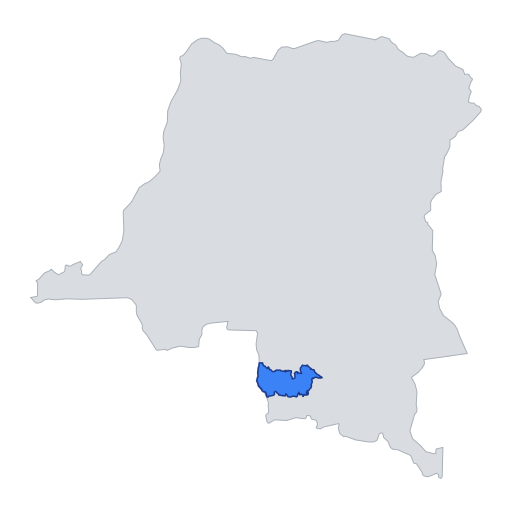 Sandoa, Katanga, Democratic Republic of the Congo shown in context
{"feature_id": "63176286B26674316015082", "entity_name": "Sandoa", "entity_type": "district", "adm_level": 2, "iso_a3": "COD", "parent_name": "Democratic Republic of the Congo", "parent_adm1": "Katanga", "projection": "orthographic", "projection_center": [23.072, -9.383], "detail": "fine", "context": "in_parent", "style": "filled", "palette": "blue", "viewbox_px": 512, "rotation_deg": 0, "n_neighbors": 0, "source": "geoboundaries", "source_scale": "gbopen_adm2", "svg_char_len": 9169}
<svg xmlns="http://www.w3.org/2000/svg" viewBox="0 0 512 512"><path d="M467.2,353.5L423.7,359.6L424.5,362.1L424.1,364.8L422.9,366.8L418.4,372.2L411.8,377.1L411.8,378.3L415.0,383.9L416.9,391.6L416.2,405.1L417.0,408.7L416.8,411.6L414.5,414.7L409.9,430.8L412.6,438.7L421.0,446.2L425.9,451.7L434.2,453.8L435.6,453.5L436.2,449.0L442.9,447.4L442.2,476.3L441.6,477.9L440.4,478.3L438.8,477.3L438.4,474.5L436.7,473.3L428.5,476.7L426.4,476.6L424.1,476.0L422.5,474.5L422.1,472.3L416.5,463.8L413.7,463.1L410.7,455.5L397.9,449.8L393.0,449.3L390.4,447.5L388.0,441.5L383.7,437.6L382.8,433.4L382.0,432.8L379.3,433.6L377.0,440.3L374.0,441.9L368.7,442.0L355.5,439.9L346.0,436.4L343.5,436.6L339.8,433.4L338.3,428.2L339.1,424.2L338.4,423.6L323.9,426.9L320.4,428.9L317.1,428.4L316.1,427.3L317.6,424.6L316.9,421.6L315.8,420.2L311.5,419.1L310.2,415.9L307.6,415.4L306.7,415.9L306.0,418.0L304.5,418.8L295.8,417.7L286.7,420.5L274.7,419.8L268.9,423.2L268.1,423.1L266.9,421.3L265.7,415.9L266.3,414.4L268.1,413.3L268.7,411.1L268.1,405.4L268.6,404.1L267.9,400.8L266.1,395.6L263.6,391.4L258.1,385.0L257.0,382.0L257.4,374.8L259.2,363.5L258.9,355.1L256.6,349.7L256.1,343.8L257.6,333.2L256.1,330.7L228.4,329.9L227.2,329.1L226.7,327.7L227.9,321.4L211.1,323.1L206.0,324.4L202.9,327.0L201.9,330.2L201.8,334.8L199.3,339.2L198.6,346.6L194.0,347.5L189.3,347.5L180.3,346.1L171.6,348.3L167.3,350.4L165.1,349.4L157.2,350.3L156.2,349.8L147.1,335.3L143.0,330.5L142.2,328.1L142.5,325.8L141.4,322.8L137.1,315.4L136.3,311.9L136.4,306.4L135.9,304.6L132.1,299.9L129.6,298.4L126.8,297.7L81.8,299.3L67.0,298.8L56.2,299.7L50.7,299.5L49.2,298.8L44.2,300.0L41.7,302.0L37.8,303.2L35.4,302.8L30.7,297.5L37.0,296.4L37.4,295.8L37.7,282.8L36.0,281.0L39.3,278.7L44.7,272.8L50.0,270.6L50.7,269.4L51.8,269.5L53.8,271.8L58.4,274.8L64.1,271.9L64.7,271.1L65.4,265.5L66.8,265.0L69.2,266.1L70.6,266.1L73.1,264.5L80.4,261.5L82.6,265.0L80.6,268.3L81.5,270.5L81.7,274.1L83.0,274.8L88.7,275.1L90.4,274.2L101.7,261.2L104.7,259.6L109.5,254.4L115.9,252.0L118.7,247.9L122.3,240.7L123.9,230.4L123.2,212.6L123.7,210.2L131.4,202.1L139.4,187.5L144.8,183.6L148.8,182.0L155.1,176.6L160.1,171.2L159.4,164.8L160.5,159.5L163.3,152.7L164.2,145.6L163.2,138.1L163.6,131.9L167.3,122.1L167.7,110.9L171.0,101.5L177.7,89.6L180.9,80.7L180.3,72.0L181.2,65.6L180.9,61.8L179.7,58.6L180.3,56.5L182.8,55.6L186.0,52.3L191.7,43.8L197.7,39.6L201.9,38.2L206.3,38.3L209.2,39.0L213.8,42.3L219.1,44.9L223.0,48.2L226.9,53.4L236.4,54.4L240.4,56.3L242.9,57.0L243.8,56.5L245.7,56.7L250.2,58.3L253.7,57.4L271.2,60.7L273.2,59.1L278.1,50.2L281.7,47.1L287.7,46.8L292.4,48.5L294.8,48.5L316.2,40.9L319.0,40.6L326.8,42.4L331.9,41.2L333.9,41.6L338.3,40.3L341.9,35.0L344.8,33.7L375.6,39.8L380.3,37.0L382.5,36.7L389.3,38.8L391.4,42.1L395.6,45.0L398.5,49.7L403.1,52.4L405.4,54.9L408.1,56.6L413.7,57.3L420.8,53.2L425.8,53.7L430.8,56.1L432.5,56.1L436.3,53.7L438.3,51.1L440.2,50.6L443.2,51.7L445.6,54.2L447.8,57.8L455.5,66.0L462.9,69.5L464.8,74.5L467.5,74.1L468.9,74.6L470.8,77.7L472.1,78.4L472.4,79.7L470.6,82.5L468.9,88.1L471.2,91.6L469.3,96.6L468.4,101.8L470.8,103.1L473.9,103.1L476.7,105.9L479.0,106.3L481.3,109.3L480.8,111.6L473.5,119.9L462.6,130.1L458.9,131.2L457.0,133.1L455.6,136.1L452.4,138.7L450.0,139.6L449.8,147.2L446.1,154.9L444.6,156.5L442.6,169.1L443.0,171.3L440.9,181.7L441.3,191.4L435.9,194.4L432.2,199.1L430.6,202.4L430.7,210.3L424.6,215.0L424.1,216.1L425.6,221.7L427.8,222.7L427.9,224.5L432.8,230.6L432.3,249.1L432.6,251.0L435.1,255.4L436.7,263.8L434.8,274.5L441.2,294.2L438.2,301.3L439.5,308.2L443.4,315.5L452.6,322.8L455.1,325.7L457.4,329.7L459.5,335.9L467.2,353.5Z" fill="#d9dde1" stroke="#a8b0b8" stroke-width="1"/><path d="M308.7,390.7L308.9,390.3L309.1,390.0L309.4,389.5L309.5,389.3L309.9,388.9L310.1,388.6L310.4,388.3L310.9,388.0L311.0,387.9L311.1,387.5L311.1,387.3L311.2,386.9L311.2,386.7L311.5,386.1L311.5,385.7L311.2,385.3L311.2,385.1L311.3,384.5L311.5,383.8L312.0,382.8L312.0,382.4L312.3,381.7L312.2,381.3L311.9,380.9L312.0,380.3L311.8,380.1L311.8,379.7L311.7,379.4L311.9,379.2L312.0,379.1L311.9,378.9L312.0,378.8L312.8,378.0L313.0,378.1L313.3,378.3L313.5,378.5L313.6,378.4L313.9,378.2L314.3,377.7L314.5,377.5L314.8,377.4L315.3,377.3L315.5,377.3L316.2,377.3L317.3,377.5L317.6,377.7L317.8,377.7L317.9,377.9L318.1,378.0L318.6,378.0L319.3,378.0L321.1,378.0L321.4,377.9L321.9,377.8L322.0,377.4L321.8,377.2L321.7,377.2L321.5,376.9L321.2,376.9L320.9,376.9L320.7,376.8L320.1,376.6L320.0,376.4L320.0,376.0L319.6,375.7L319.4,375.6L319.2,375.6L318.9,375.2L317.7,374.6L317.4,374.3L317.2,374.2L316.7,373.9L316.4,373.8L316.1,373.5L315.9,372.9L315.7,372.7L315.2,372.4L314.9,372.2L314.7,371.9L314.4,371.0L314.4,370.8L314.4,370.6L314.4,370.4L314.3,370.2L313.7,370.0L313.7,369.9L313.5,369.7L313.0,369.7L312.6,369.6L312.4,369.6L312.2,369.5L311.9,369.4L311.0,369.3L310.8,369.3L310.7,369.2L310.8,369.0L311.1,368.7L310.8,368.3L310.6,368.2L310.2,368.1L308.8,366.8L308.4,366.5L308.0,366.1L307.9,365.7L307.7,365.5L307.3,365.5L307.1,365.5L307.0,365.3L306.9,365.4L306.8,365.5L306.7,365.5L306.4,365.8L306.1,365.5L305.5,365.7L305.1,365.7L304.7,365.6L303.9,365.5L303.1,365.5L302.6,365.2L302.1,365.6L300.9,367.5L300.3,368.2L300.4,368.8L300.3,369.7L300.3,370.4L300.6,371.3L300.7,371.6L301.3,372.6L301.5,373.1L301.5,373.4L301.0,373.4L300.5,373.3L299.1,373.3L298.5,372.5L298.1,372.6L297.5,373.2L297.2,371.8L296.9,371.7L295.6,372.1L295.6,372.3L295.5,372.5L295.3,372.6L294.9,372.8L294.5,373.4L294.4,373.7L294.5,373.9L294.6,374.1L294.9,374.4L294.9,374.6L294.8,375.6L295.0,376.4L294.9,376.8L295.0,377.1L294.9,377.3L294.7,378.1L293.3,378.7L292.9,378.7L292.5,378.9L292.3,378.4L292.0,376.9L291.3,375.9L290.9,375.4L290.7,374.8L291.0,373.4L291.3,372.7L291.3,371.3L291.2,370.8L288.6,370.7L288.1,370.4L287.7,370.9L287.7,371.1L287.2,371.2L286.7,371.0L286.6,370.8L286.0,370.5L285.5,370.5L285.4,370.9L285.6,371.7L285.3,371.8L284.7,371.1L284.5,370.9L284.2,370.9L284.1,371.2L283.8,371.3L281.4,371.0L281.0,370.9L280.7,370.7L280.5,370.2L278.2,370.1L277.7,370.3L277.4,370.3L277.1,370.3L276.7,370.0L276.3,370.1L276.1,370.3L275.9,370.5L275.1,370.7L275.0,371.0L274.9,371.4L274.7,371.6L272.9,371.6L272.6,371.5L272.1,371.2L271.0,370.0L270.5,369.6L269.9,369.7L269.7,369.6L269.2,368.5L269.0,368.0L268.7,367.3L268.4,367.0L267.8,367.4L267.9,368.4L267.8,368.5L266.3,367.9L265.2,366.4L265.0,366.1L264.9,366.0L264.3,366.0L263.5,365.6L263.0,364.5L262.7,363.1L262.5,362.9L262.4,362.9L262.0,363.3L261.8,363.2L261.6,363.0L261.3,362.9L260.4,362.8L259.4,362.9L259.2,363.4L259.1,363.7L259.0,363.9L259.0,364.1L259.0,364.6L259.1,365.2L259.0,365.5L258.9,366.1L258.8,366.5L258.5,366.8L258.3,367.3L258.3,367.5L258.4,368.0L258.1,368.6L258.2,368.9L258.2,369.3L258.0,369.7L258.0,370.0L257.9,370.6L258.0,371.0L257.9,371.2L258.1,371.9L258.1,372.0L257.7,372.3L257.7,372.6L257.7,372.9L257.7,373.4L257.8,374.1L258.1,374.9L258.2,375.6L258.1,376.5L257.7,377.2L257.6,377.6L257.4,377.9L257.3,378.5L257.2,378.7L257.1,378.9L257.1,379.2L257.0,379.4L257.0,379.5L257.0,379.8L256.9,379.9L256.9,380.0L256.8,380.5L256.7,380.6L256.6,380.8L256.7,381.1L257.3,381.6L257.5,381.9L257.4,382.5L257.6,383.1L257.7,383.3L257.8,383.6L258.2,384.0L258.3,384.2L258.4,384.6L258.3,384.9L258.4,385.3L258.5,385.4L258.3,385.7L258.5,385.8L258.6,386.3L259.1,386.5L259.1,386.8L259.4,386.8L259.6,387.1L259.9,387.2L260.0,387.3L260.1,387.7L260.1,387.8L260.3,387.8L260.5,388.1L260.9,388.9L261.0,389.0L261.4,388.8L261.4,388.7L261.6,388.9L261.5,389.3L261.6,389.5L261.8,389.7L261.8,390.0L261.9,390.5L262.0,390.7L262.3,390.6L262.6,390.8L262.7,391.1L263.0,391.3L263.2,391.7L263.6,391.8L264.1,391.6L264.4,391.7L264.4,391.9L264.5,392.0L264.8,392.0L265.0,392.0L265.4,392.3L265.5,392.3L265.5,392.5L265.8,392.7L266.0,393.0L265.9,393.2L266.2,393.7L266.2,394.0L266.3,394.3L266.1,394.5L266.4,394.7L266.4,394.9L266.5,394.9L266.6,395.0L266.5,395.4L266.5,395.5L266.7,395.9L266.7,396.2L266.6,396.6L267.6,396.9L267.9,397.1L268.0,397.1L269.1,396.1L269.3,395.9L270.2,395.9L270.7,395.9L272.5,395.5L273.5,395.3L274.5,394.3L274.3,393.1L274.3,392.3L274.5,392.0L275.2,391.8L275.5,391.8L275.9,391.5L276.2,392.0L277.4,393.3L277.6,393.5L278.1,393.6L278.5,393.9L278.8,395.0L280.1,395.2L280.8,395.4L281.9,395.4L282.3,395.7L282.8,395.8L283.0,395.5L283.3,395.6L283.7,395.7L285.1,395.9L285.2,395.6L285.4,395.4L285.7,394.9L285.6,394.3L285.8,394.0L286.2,394.2L286.7,394.8L287.2,395.1L287.2,395.3L287.3,395.8L287.4,396.0L287.9,396.5L288.1,396.7L288.4,396.8L288.8,396.8L289.1,396.9L290.4,397.0L291.1,396.9L291.6,396.6L291.8,396.5L292.1,396.5L292.8,396.3L293.1,396.3L293.6,396.1L293.9,396.2L294.7,396.3L295.1,396.5L295.5,396.5L295.8,396.5L296.1,396.9L296.7,396.8L297.2,396.3L297.7,394.5L298.0,393.8L298.4,393.2L298.9,392.5L299.3,393.0L299.4,393.4L299.4,394.2L299.4,394.6L299.8,394.8L300.2,394.7L300.9,394.1L301.0,394.0L302.1,394.6L302.2,394.8L302.6,395.8L302.7,396.1L302.9,396.3L303.3,396.3L303.6,395.4L303.6,395.0L303.9,394.4L304.1,394.4L304.4,394.7L304.5,395.0L305.0,395.1L307.0,395.0L307.1,394.6L307.1,394.2L306.6,393.5L306.4,392.9L306.3,391.6L307.7,394.3L308.0,394.4L308.3,393.8L308.3,393.5L308.3,393.4L308.2,393.4L307.9,393.3L307.8,393.2L307.9,392.9L308.1,392.4L307.9,392.0L307.3,391.6L307.1,391.3L307.2,390.7L307.3,390.6L307.7,390.5L308.3,390.8L308.7,390.7Z" fill="#3b82f6" stroke="#1e3a8a" stroke-width="1.5"/></svg>